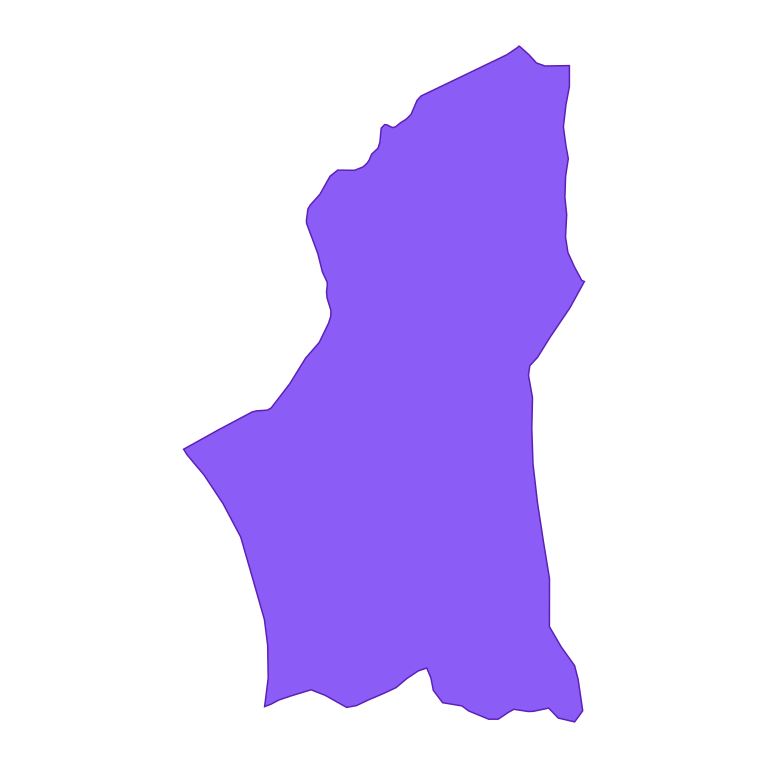 the Municipality of Ghadamis
{"feature_id": "LBY-2882", "entity_name": "Ghadamis", "entity_type": "Municipality", "adm_level": 1, "iso_a3": "LBY", "parent_name": "Libya", "parent_adm1": "", "projection": "mercator", "projection_center": [10.859, 30.473], "detail": "fine", "context": "isolated", "style": "filled", "palette": "violet", "viewbox_px": 768, "rotation_deg": 0, "n_neighbors": 0, "source": "natural_earth", "source_scale": "10m", "svg_char_len": 1609}
<svg xmlns="http://www.w3.org/2000/svg" viewBox="0 0 768 768"><path d="M392.8,127.6L395.7,126.7L400.7,122.6L406.2,119.2L411.1,114.3L417.1,100.3L421.2,95.9L467.5,73.7L506.7,54.8L517.1,47.8L519.0,46.1L520.1,46.8L529.0,54.8L536.5,63.0L545.1,66.0L569.4,65.6L569.4,86.7L566.0,104.5L563.4,126.8L565.9,145.6L568.3,158.6L565.6,176.3L564.9,197.2L566.7,214.7L565.5,236.9L567.9,252.4L574.2,266.4L581.8,280.5L584.4,281.5L570.0,307.7L549.9,337.5L537.6,357.3L529.8,365.7L528.5,375.4L532.5,397.8L531.8,428.4L533.0,463.8L537.4,502.1L543.5,542.0L549.5,578.6L549.4,626.6L561.2,646.9L574.6,665.6L578.2,679.8L582.7,710.7L582.4,711.2L579.7,715.0L574.6,721.9L558.3,718.1L548.7,708.1L533.5,711.3L528.1,711.5L513.9,709.3L508.3,712.4L498.2,719.2L488.7,719.2L468.8,711.0L461.9,705.9L442.6,702.7L433.3,690.3L430.9,677.9L426.7,668.0L418.1,671.0L407.3,678.2L404.5,680.5L396.1,687.6L382.8,693.8L369.4,699.5L356.4,705.6L346.6,707.4L325.1,695.3L311.1,689.8L304.2,691.9L290.7,696.0L278.9,700.0L271.0,704.2L264.6,706.6L268.2,678.1L267.7,645.6L264.4,619.5L252.6,578.3L240.7,537.0L223.0,503.6L203.9,474.8L196.0,465.5L187.1,454.8L183.6,449.2L218.5,429.8L252.0,412.0L256.4,410.9L267.4,410.1L271.2,407.9L289.8,383.7L305.6,358.1L319.2,342.5L328.5,323.3L330.8,316.2L330.9,310.4L327.1,298.1L326.5,291.9L327.3,285.2L327.1,282.0L322.4,272.0L317.8,253.5L306.6,223.5L306.4,220.5L307.9,209.1L310.3,205.0L319.9,194.3L330.0,176.3L337.7,170.1L354.5,170.3L362.7,167.1L365.1,165.1L367.3,162.9L369.1,160.2L371.7,154.1L378.0,148.2L379.9,142.3L381.2,128.2L384.6,124.6L387.4,125.0L390.1,126.5L392.8,127.6Z" fill="#8b5cf6" stroke="#5b21b6" stroke-width="1.5"/></svg>